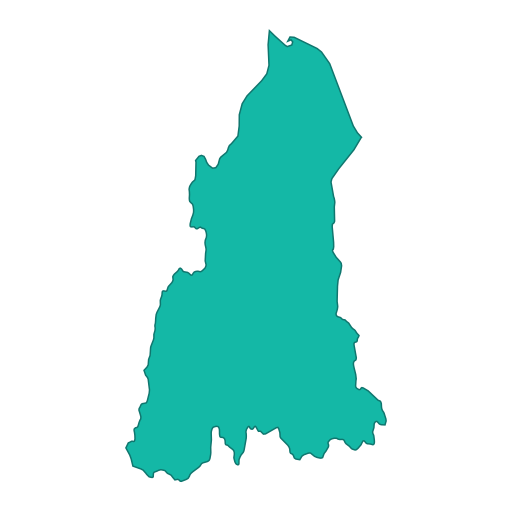 outline of Kelantan
{"feature_id": "MYS-1144", "entity_name": "Kelantan", "entity_type": "State", "adm_level": 1, "iso_a3": "MYS", "parent_name": "Malaysia", "parent_adm1": "", "projection": "equal_earth", "projection_center": [101.974, 5.407], "detail": "fine", "context": "isolated", "style": "filled", "palette": "teal", "viewbox_px": 512, "rotation_deg": 0, "n_neighbors": 0, "source": "natural_earth", "source_scale": "10m", "svg_char_len": 6114}
<svg xmlns="http://www.w3.org/2000/svg" viewBox="0 0 512 512"><path d="M212.6,168.2L215.8,167.7L218.2,164.3L219.7,158.7L220.8,157.1L226.5,152.4L227.7,150.1L228.4,147.7L229.4,145.5L231.5,143.6L237.9,136.1L239.2,126.0L239.3,114.7L242.2,103.7L247.1,95.8L261.6,80.8L266.8,73.8L269.0,65.3L268.1,44.7L269.4,30.7L274.4,35.6L284.9,45.1L287.2,46.6L291.8,45.0L292.7,41.9L291.0,39.8L287.8,41.2L290.0,37.0L294.2,37.3L317.1,48.5L321.5,52.0L329.7,63.7L353.3,126.0L357.4,132.8L361.5,137.3L361.1,137.7L353.9,149.8L338.8,168.7L331.9,178.6L331.0,182.0L333.6,196.6L334.2,198.3L334.7,201.0L334.8,202.5L334.3,206.9L334.6,221.2L334.3,222.0L334.0,222.8L332.4,224.2L332.2,226.8L333.6,242.4L333.7,246.7L333.3,249.2L332.7,249.5L332.5,250.4L332.9,252.0L336.1,257.2L340.4,262.0L341.2,263.3L341.6,265.8L340.6,272.4L338.1,280.0L337.5,286.1L337.1,301.4L337.6,305.4L337.7,306.5L337.6,307.5L337.3,309.4L336.0,313.8L336.2,314.8L336.6,315.9L338.0,316.8L340.6,317.6L342.1,319.1L342.7,319.5L345.0,319.9L346.7,321.6L348.2,322.7L348.7,323.1L351.5,327.4L353.2,329.0L354.4,329.8L355.1,330.5L357.0,333.4L359.0,335.5L358.6,336.7L357.7,338.2L357.4,338.9L357.2,340.7L356.9,341.5L356.3,341.9L354.9,342.3L354.3,342.8L354.0,343.5L354.0,344.9L356.3,357.8L356.1,359.2L355.7,360.1L354.5,360.8L354.1,361.3L353.7,362.0L353.4,363.2L353.5,365.0L353.9,367.1L355.7,374.5L356.2,378.8L355.9,380.9L355.6,386.0L355.9,387.3L356.8,388.4L358.9,389.6L359.8,389.6L360.5,389.1L361.3,387.9L361.9,387.6L363.3,388.0L368.2,390.9L378.0,400.2L380.2,401.1L380.8,402.0L381.3,403.5L381.5,407.2L381.9,409.3L382.9,411.3L383.6,412.2L384.1,413.3L385.9,419.0L386.1,421.0L385.0,424.9L381.1,424.7L379.4,424.0L377.4,421.8L376.8,421.4L376.0,421.5L375.2,422.0L374.3,423.4L374.1,424.6L373.9,427.7L372.6,431.9L372.9,433.6L373.6,435.1L373.8,435.9L374.3,439.9L374.4,442.0L374.3,443.0L374.0,443.9L373.5,444.5L372.8,444.7L370.2,444.0L367.2,443.7L366.4,443.3L365.7,442.7L365.3,442.1L364.3,441.0L363.7,440.8L362.9,441.1L362.2,442.3L361.0,444.8L358.0,448.3L356.6,449.5L355.8,449.9L354.8,449.9L352.1,449.0L351.3,448.4L349.4,446.3L346.0,443.7L345.1,442.5L344.1,440.4L343.6,439.8L342.8,439.5L341.7,439.4L339.9,439.5L338.9,439.3L338.0,439.1L336.7,438.3L334.3,438.2L331.6,438.9L330.0,439.8L328.2,442.0L328.0,443.0L328.2,443.9L328.5,444.6L328.6,445.5L328.5,446.4L328.2,447.2L325.9,451.2L324.1,453.5L322.6,457.6L321.6,458.0L320.2,458.1L317.0,457.4L314.5,456.3L310.6,453.1L309.5,453.0L308.1,453.2L303.8,454.8L301.9,456.2L299.8,459.7L295.8,459.0L295.1,458.5L294.3,457.9L293.4,455.5L292.6,454.3L290.7,453.3L290.2,452.6L290.0,451.8L289.7,448.8L289.1,447.2L287.9,445.3L280.8,438.1L280.4,437.4L280.1,436.6L279.9,432.7L278.7,428.6L277.9,427.4L276.3,427.7L265.5,433.9L263.4,434.1L260.7,431.4L260.0,431.2L258.6,431.3L258.1,430.8L256.2,427.3L255.3,426.3L254.9,426.4L254.3,426.9L253.3,428.4L252.6,429.1L251.3,429.1L250.5,428.7L250.0,428.0L249.3,426.6L248.7,426.4L247.9,427.0L246.5,429.3L246.1,430.7L245.9,432.0L246.2,433.9L246.3,436.1L246.2,438.2L244.1,450.0L243.6,451.6L243.1,452.5L241.0,455.1L239.9,457.3L239.0,459.7L238.9,463.9L238.5,464.6L237.8,464.8L236.4,464.2L235.7,463.4L234.9,461.8L234.0,458.4L233.9,457.5L234.3,454.6L234.3,453.6L234.3,452.5L233.8,450.8L232.9,449.6L229.5,447.0L228.0,445.5L227.3,445.1L226.2,444.9L225.6,444.4L225.3,443.6L225.1,440.6L224.6,438.9L223.6,437.8L223.0,437.5L220.7,437.2L220.1,436.8L219.8,436.1L219.5,434.0L219.5,431.7L219.4,429.5L219.2,428.6L218.6,427.1L218.0,426.6L217.2,426.4L216.1,426.3L213.4,427.1L212.6,427.9L212.0,429.1L211.3,431.6L211.2,433.2L211.4,439.9L210.7,447.2L210.8,452.7L210.6,454.8L209.9,458.6L209.3,460.1L208.5,460.9L207.2,461.6L202.7,462.9L201.5,463.7L199.9,466.2L198.6,467.4L192.7,471.8L191.0,473.3L190.0,474.6L189.4,476.2L188.2,478.2L187.2,478.9L185.8,479.6L181.4,481.3L180.2,481.2L179.4,480.2L177.8,479.3L174.9,479.9L172.7,477.3L171.3,475.4L170.5,474.8L167.6,473.4L166.7,472.6L165.6,471.3L164.9,470.6L163.5,470.2L160.9,469.7L158.6,470.3L156.8,471.2L154.3,472.1L153.7,472.7L153.4,473.6L153.2,476.8L152.6,477.4L151.4,477.4L149.1,476.8L146.6,474.3L146.0,473.4L143.1,470.1L140.8,468.9L132.9,466.1L131.2,459.0L129.8,455.1L125.9,447.9L128.3,442.9L130.3,442.0L131.5,441.3L132.2,441.2L133.5,441.5L134.2,441.3L134.7,440.4L135.0,438.9L134.9,435.5L134.5,432.4L134.1,430.6L134.1,429.6L134.4,428.7L135.5,427.8L137.1,427.4L137.8,426.6L138.3,425.2L139.1,422.4L140.1,419.9L140.6,419.3L140.8,418.3L140.9,416.9L140.3,414.5L139.0,410.3L139.0,409.4L139.2,408.4L139.9,407.3L141.1,404.6L141.6,404.1L142.2,403.7L146.0,403.0L146.7,402.2L147.3,400.8L149.2,393.2L149.5,389.9L148.2,379.3L147.6,377.7L145.6,375.1L144.0,370.3L147.0,367.1L148.2,364.9L148.6,359.5L150.1,355.4L150.4,351.2L150.5,349.1L150.7,347.1L151.2,345.6L153.4,340.0L153.9,338.0L153.9,334.4L155.0,330.4L155.2,328.1L154.9,326.0L155.0,324.8L155.4,323.2L155.6,320.7L155.7,318.5L156.2,314.5L157.0,312.3L159.8,306.8L160.2,305.6L160.4,304.7L160.3,300.4L160.6,299.2L161.7,296.2L162.0,294.8L162.2,292.4L162.4,291.5L163.1,290.9L164.4,291.0L165.4,291.2L166.2,291.2L166.9,290.7L167.4,289.2L168.1,287.0L168.8,286.0L171.9,282.6L172.7,281.1L173.1,279.8L172.8,276.7L173.4,275.4L174.5,274.0L177.0,271.8L178.2,270.5L179.2,268.7L179.8,268.3L180.5,268.2L181.6,269.1L183.1,271.3L183.7,271.7L187.5,272.4L188.7,273.1L190.9,275.1L191.4,275.2L192.2,274.9L193.4,273.0L194.3,272.0L195.9,271.4L197.9,271.2L200.1,271.7L200.9,271.6L201.6,271.2L202.4,270.6L204.7,268.4L205.3,267.6L205.9,266.0L206.1,264.8L205.2,260.9L205.6,253.4L206.0,250.7L206.1,249.4L205.9,247.8L205.2,244.7L205.0,242.7L205.3,240.2L206.4,237.3L206.6,235.1L206.4,233.5L206.0,231.6L205.0,229.3L204.2,228.7L202.1,228.2L200.4,227.1L199.2,227.5L197.4,228.7L196.7,228.8L196.0,228.6L194.4,227.0L193.9,226.8L191.5,226.9L190.8,226.8L190.3,226.4L190.1,225.3L190.2,223.7L191.4,218.8L192.8,215.2L193.5,212.6L193.6,211.2L193.6,209.5L193.2,206.4L192.8,204.9L192.2,203.8L190.7,202.5L189.7,201.3L189.4,200.0L189.3,198.2L189.5,194.8L189.4,191.8L189.1,189.3L189.3,188.0L189.7,186.4L191.0,184.1L192.4,182.1L194.6,180.2L195.0,179.6L195.7,175.8L196.0,162.1L195.6,160.5L199.0,156.3L201.4,155.4L204.0,156.4L205.5,159.1L206.7,162.3L208.5,165.1L212.6,168.2Z" fill="#14b8a6" stroke="#0f766e" stroke-width="1.5"/></svg>